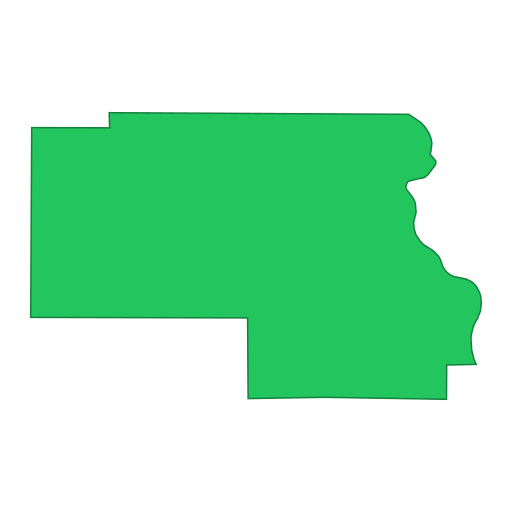 Thurston, Nebraska, United States of America
{"feature_id": "52423323B78691180058519", "entity_name": "Thurston", "entity_type": "district", "adm_level": 2, "iso_a3": "USA", "parent_name": "United States of America", "parent_adm1": "Nebraska", "projection": "mercator", "projection_center": [-96.365, 42.147], "detail": "fine", "context": "isolated", "style": "filled", "palette": "green", "viewbox_px": 512, "rotation_deg": 0, "n_neighbors": 0, "source": "geoboundaries", "source_scale": "gbopen_adm2", "svg_char_len": 873}
<svg xmlns="http://www.w3.org/2000/svg" viewBox="0 0 512 512"><path d="M30.7,317.4L247.6,317.9L248.1,398.6L324.6,397.3L446.5,399.3L446.7,365.0L476.2,364.4L474.0,359.3L471.7,350.1L471.0,339.3L471.2,335.3L473.1,327.2L475.2,322.3L477.1,319.3L480.4,311.1L481.3,303.4L480.7,295.8L479.4,292.1L476.7,286.9L474.5,284.3L471.1,281.4L465.9,279.0L453.4,276.4L449.5,274.4L446.1,271.5L443.1,267.3L440.5,259.9L438.5,256.1L433.3,250.8L423.5,244.6L420.0,241.0L415.6,234.1L414.1,228.4L413.6,222.5L416.1,212.4L415.4,203.6L414.5,200.9L412.6,197.3L406.5,189.4L405.8,186.4L407.2,182.5L408.4,181.3L408.5,181.3L417.8,178.8L422.6,178.1L424.9,177.2L428.3,174.3L435.1,165.2L435.8,163.5L435.8,161.1L430.0,153.9L430.8,152.1L431.9,143.3L430.9,138.1L428.9,133.0L425.1,127.1L420.7,122.4L408.7,114.3L109.2,112.7L109.6,127.8L31.7,127.6L30.7,317.4Z" fill="#22c55e" stroke="#15803d" stroke-width="1.5"/></svg>